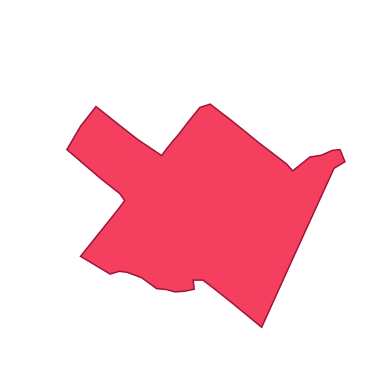 Campo Bom, Rio Grande do Sul, Brazil (Mercator projection), rotated 301°
{"feature_id": "56859067B26450975803868", "entity_name": "Campo Bom", "entity_type": "district", "adm_level": 2, "iso_a3": "BRA", "parent_name": "Brazil", "parent_adm1": "Rio Grande do Sul", "projection": "mercator", "projection_center": [-51.046, -29.666], "detail": "fine", "context": "isolated", "style": "filled", "palette": "rose", "viewbox_px": 384, "rotation_deg": 301, "n_neighbors": 0, "source": "geoboundaries", "source_scale": "gbopen_adm2", "svg_char_len": 734}
<svg xmlns="http://www.w3.org/2000/svg" viewBox="0 0 384 384"><g transform="rotate(301 192 192)"><path d="M304.6,297.0L299.9,290.8L289.9,283.7L282.8,275.1L261.9,267.4L264.7,258.8L268.5,225.1L271.5,203.9L273.9,186.6L275.1,175.4L276.7,162.3L268.5,155.2L249.9,152.6L234.0,150.8L225.8,149.4L216.9,148.1L207.6,147.2L209.0,118.6L211.9,95.1L215.8,65.7L191.0,62.6L163.9,62.9L156.7,105.5L154.6,121.5L153.5,130.6L150.0,138.7L140.3,137.8L79.4,129.6L79.5,164.1L86.6,170.6L89.8,178.0L92.6,193.2L91.9,201.0L90.9,211.5L95.2,220.3L97.6,228.9L103.0,236.6L109.8,244.0L117.1,238.4L122.1,246.8L120.3,262.8L117.5,283.7L111.9,321.4L188.5,312.5L276.3,302.6L285.3,301.5L296.7,307.5L304.6,297.0Z" fill="#f43f5e" stroke="#9f1239" stroke-width="1.5"/></g></svg>